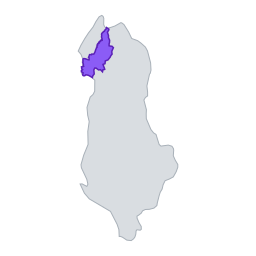 Shkodër, Shkodër, Albania (highlighted)
{"feature_id": "67620474B15717375113052", "entity_name": "Shkodër", "entity_type": "district", "adm_level": 2, "iso_a3": "ALB", "parent_name": "Albania", "parent_adm1": "Shkodër", "projection": "albers", "projection_center": [19.63, 42.154], "detail": "fine", "context": "in_parent", "style": "filled", "palette": "violet", "viewbox_px": 256, "rotation_deg": 0, "n_neighbors": 0, "source": "geoboundaries", "source_scale": "gbopen_adm2", "svg_char_len": 2789}
<svg xmlns="http://www.w3.org/2000/svg" viewBox="0 0 256 256"><path d="M81.6,74.0L81.8,70.2L82.7,64.3L82.2,62.3L82.7,58.9L81.0,54.4L78.2,51.1L80.9,45.3L84.9,38.4L88.5,32.9L93.0,27.1L95.9,21.6L99.1,16.8L101.8,15.4L103.1,16.4L103.8,18.4L103.7,24.6L104.6,26.7L106.5,28.3L110.5,27.5L114.9,26.0L120.8,22.7L121.8,22.9L124.0,24.6L128.6,32.0L131.7,38.5L137.7,40.7L141.1,43.2L145.4,47.1L147.5,51.0L150.6,62.9L151.0,70.1L150.2,73.4L149.5,74.2L146.9,86.0L147.6,92.0L147.6,95.9L145.4,97.5L143.9,100.0L146.4,109.7L146.2,113.9L146.3,118.7L150.9,129.5L153.6,132.9L156.0,134.4L159.1,144.4L160.9,146.1L168.3,145.1L171.9,146.2L173.4,148.5L173.7,150.1L173.3,155.8L175.2,160.1L177.8,164.5L177.8,167.2L176.2,171.7L173.3,176.9L169.4,179.0L165.1,180.7L163.1,184.8L162.1,189.1L160.2,192.3L159.1,195.8L157.3,202.9L156.9,205.5L154.0,208.1L149.4,209.3L145.3,209.5L142.6,210.8L141.2,213.2L138.6,215.2L137.0,216.1L137.1,218.2L139.0,222.7L141.2,226.4L141.3,229.3L140.2,230.2L136.9,229.8L136.1,230.9L135.8,234.2L134.9,237.0L133.6,238.8L131.2,240.6L126.8,240.1L122.6,237.3L120.5,236.4L119.2,236.5L118.9,229.6L117.1,224.3L110.5,211.4L89.3,198.9L84.4,193.2L82.2,188.5L80.1,184.0L82.1,183.9L84.2,185.0L86.8,186.4L87.9,184.2L86.8,179.3L81.4,167.8L81.0,164.7L83.7,155.2L88.1,144.4L87.8,131.4L89.2,121.6L87.7,115.3L87.0,107.4L90.2,97.1L93.0,94.5L94.7,91.2L94.8,80.1L88.6,75.0L81.6,74.0Z" fill="#d9dde1" stroke="#a8b0b8" stroke-width="1"/><path d="M89.6,54.6L89.3,55.2L89.2,56.0L88.5,57.3L89.1,57.8L89.1,59.8L88.4,59.8L85.5,58.8L84.4,58.6L83.3,58.6L82.9,59.9L83.1,61.1L82.8,62.3L83.2,63.4L83.4,64.5L83.3,65.4L83.7,66.3L82.6,66.8L81.5,66.8L81.7,68.7L82.6,69.7L81.4,70.5L81.4,71.8L82.1,72.1L83.1,72.8L82.7,74.3L82.9,75.4L83.7,75.8L84.8,75.7L85.9,74.8L88.1,75.2L89.4,75.8L92.4,77.5L92.5,77.0L92.8,75.8L94.2,74.0L94.1,72.7L93.8,69.9L94.7,68.1L96.1,68.1L98.5,69.9L100.5,69.7L101.7,71.0L102.5,71.8L102.9,69.8L104.7,69.4L104.5,68.4L103.9,67.0L103.0,64.4L105.0,63.7L105.3,60.9L108.0,59.9L110.2,57.1L110.8,55.7L112.1,54.1L111.8,52.2L111.9,51.0L113.4,47.7L111.9,46.2L110.9,46.2L109.1,45.8L109.1,43.8L109.5,42.5L109.6,40.2L108.4,37.5L108.5,35.6L107.4,32.2L107.6,31.9L107.9,31.4L108.2,31.0L108.4,30.6L108.7,30.2L108.9,29.2L106.5,27.5L106.3,27.9L105.9,29.3L105.0,29.9L105.0,30.0L104.7,30.6L104.4,31.3L104.1,31.3L103.7,31.4L103.2,32.0L103.0,32.4L102.7,32.4L102.2,33.0L101.7,33.6L101.5,34.4L101.7,34.9L101.7,35.3L101.5,36.9L101.7,37.8L102.0,38.4L102.1,39.0L102.2,40.3L101.5,40.5L101.4,40.0L100.7,40.7L100.6,41.1L99.9,41.8L100.1,41.0L99.5,41.6L99.4,42.1L98.9,42.1L98.6,42.8L98.9,43.3L98.2,43.7L98.1,43.4L97.6,43.9L97.5,44.2L97.5,45.1L97.1,45.1L97.0,45.9L97.0,46.1L97.2,47.0L96.6,47.2L96.5,47.9L96.2,48.6L95.8,49.4L95.5,50.3L95.1,51.7L94.4,53.1L93.8,54.1L91.7,54.1L91.5,54.7L89.6,54.6Z" fill="#8b5cf6" stroke="#5b21b6" stroke-width="1.5"/></svg>